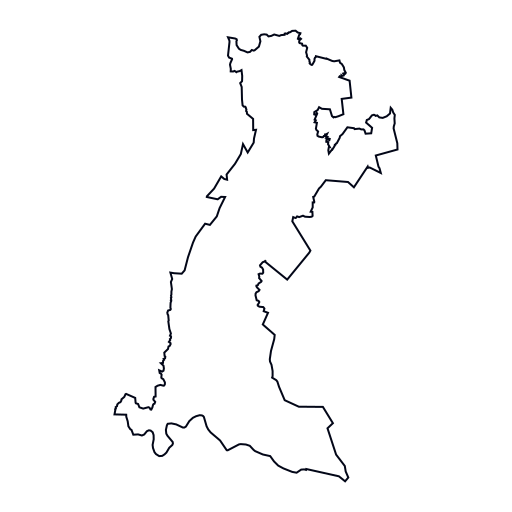 Cocula, Guerrero, Mexico
{"feature_id": "50627088B31942029589440", "entity_name": "Cocula", "entity_type": "district", "adm_level": 2, "iso_a3": "MEX", "parent_name": "Mexico", "parent_adm1": "Guerrero", "projection": "robinson", "projection_center": [-99.718, 18.138], "detail": "fine", "context": "isolated", "style": "outline", "palette": "ink", "viewbox_px": 512, "rotation_deg": 0, "n_neighbors": 0, "source": "geoboundaries", "source_scale": "gbopen_adm2", "svg_char_len": 6013}
<svg xmlns="http://www.w3.org/2000/svg" viewBox="0 0 512 512"><path d="M343.9,67.4L341.9,64.1L340.0,62.7L339.4,60.4L334.2,61.3L332.3,61.0L326.4,58.5L326.2,58.8L315.9,56.2L315.7,57.2L315.0,57.7L314.5,58.9L314.5,60.8L312.9,63.7L312.2,64.8L311.5,64.9L310.1,63.9L309.6,63.2L309.9,62.3L309.4,61.3L309.4,59.8L306.8,56.5L307.0,55.4L306.1,52.2L307.2,47.8L305.8,45.7L302.9,45.7L302.3,45.1L302.1,43.7L299.6,43.1L299.1,42.1L299.4,40.4L301.0,38.9L300.3,38.3L298.2,39.0L297.9,38.8L299.2,34.9L300.1,34.2L300.4,33.2L297.7,32.5L295.6,30.7L292.1,30.9L290.2,32.2L288.7,32.4L288.4,33.1L287.7,33.1L287.1,33.9L285.5,33.4L284.7,33.6L284.6,34.8L281.1,35.1L279.3,35.9L274.2,34.5L271.3,35.9L268.5,36.4L266.7,34.6L264.2,34.3L261.2,34.8L259.4,36.8L260.4,41.3L258.9,46.6L254.6,50.3L253.7,50.6L251.8,50.0L250.0,51.9L247.5,52.4L243.9,50.8L240.7,49.9L238.9,48.7L236.6,45.1L236.4,41.3L236.9,40.2L236.6,39.2L235.1,38.5L228.0,37.3L229.4,40.6L229.5,41.9L228.0,55.6L229.1,57.6L232.0,58.7L232.1,59.2L230.4,63.0L230.0,64.7L230.8,68.8L230.7,71.4L233.1,71.5L234.6,70.9L236.4,72.2L237.0,71.7L239.7,71.1L241.5,70.1L242.2,75.9L242.1,80.2L242.0,81.3L240.2,83.1L241.7,87.0L242.0,99.6L242.6,105.4L243.9,106.7L245.2,106.7L245.8,107.4L245.9,108.5L246.4,109.3L246.1,111.0L246.8,111.7L247.0,113.8L253.1,118.9L253.2,130.1L256.0,129.8L254.0,138.5L253.7,142.6L247.7,152.5L243.0,144.1L240.8,154.1L235.0,163.8L226.6,174.5L227.1,179.7L224.3,179.0L221.2,176.4L214.1,188.6L206.9,196.3L206.8,197.0L217.7,199.3L221.1,196.8L225.1,197.0L219.6,208.1L216.8,216.4L209.9,224.9L205.1,223.7L195.7,236.5L193.0,242.6L188.0,257.2L184.6,270.4L181.7,273.7L174.0,273.2L170.4,272.6L172.2,279.0L170.9,282.0L171.9,289.1L171.4,291.6L171.4,294.6L171.0,295.6L171.4,297.2L170.9,297.8L171.2,299.3L170.8,300.2L171.3,300.8L170.6,302.7L170.5,304.7L170.4,307.7L170.8,309.0L170.3,309.9L168.1,310.5L167.3,312.6L167.6,314.2L168.2,315.2L168.7,320.5L168.3,321.3L169.4,329.1L170.9,333.5L170.0,335.7L170.8,336.1L171.1,336.9L170.8,338.3L169.9,339.1L170.2,340.1L168.9,341.9L170.5,343.1L170.6,344.1L169.8,345.8L168.5,346.5L168.0,349.0L164.3,352.6L164.6,356.0L165.3,356.6L165.1,358.2L163.6,358.9L164.1,359.8L163.1,360.8L163.0,362.9L160.9,363.2L163.5,365.7L163.9,368.4L163.5,370.7L162.1,371.6L159.2,370.3L159.7,373.0L161.0,373.7L161.6,374.7L161.3,377.3L161.6,378.2L163.3,379.2L164.9,382.4L164.9,384.1L164.2,385.5L163.4,385.7L160.4,384.9L157.6,385.7L155.5,387.0L155.6,396.5L154.1,396.8L153.4,398.8L153.4,399.7L155.2,401.9L154.5,403.7L153.6,404.0L153.0,404.9L152.4,407.4L151.3,409.6L150.5,409.5L149.5,407.7L148.4,407.2L143.2,408.6L139.4,407.3L138.1,404.0L135.9,403.3L135.6,402.7L135.2,397.9L126.1,393.9L125.5,394.2L124.3,396.9L121.5,399.3L121.3,400.7L120.4,402.2L118.9,402.8L117.3,404.4L117.0,406.2L115.7,407.1L115.9,408.6L115.1,409.2L115.3,410.1L114.5,414.4L126.2,414.7L126.3,416.8L127.7,421.3L128.4,426.3L130.3,429.2L131.5,429.9L133.3,434.7L138.1,434.4L141.9,435.5L144.2,434.5L146.9,431.2L148.9,430.3L150.7,430.6L152.7,432.3L153.6,435.1L153.7,439.3L152.6,444.9L153.0,448.0L154.5,452.2L156.0,454.1L159.2,456.1L162.2,455.9L164.5,454.4L166.4,452.6L169.3,447.7L172.3,445.0L172.9,443.6L172.7,442.0L167.5,435.8L166.3,433.7L165.9,429.9L166.9,425.3L167.7,423.8L171.4,423.4L176.2,424.4L182.8,427.5L184.4,427.5L185.9,426.6L189.3,421.1L192.9,417.8L196.1,416.2L199.7,415.2L201.9,415.4L203.2,416.1L203.9,417.0L206.6,426.3L208.2,429.4L210.6,432.4L220.1,440.5L226.7,450.2L227.7,450.3L239.0,444.4L240.7,444.1L245.9,444.5L249.8,445.8L253.6,449.9L255.1,451.1L262.9,454.5L270.2,456.1L274.0,461.4L278.2,465.6L283.4,468.4L292.2,471.9L296.6,472.7L301.2,469.6L304.2,469.4L306.0,469.9L306.2,469.0L338.9,476.3L345.1,481.3L348.3,477.5L345.7,471.5L344.8,466.0L336.1,454.6L327.5,428.3L332.9,423.2L322.9,406.9L298.8,406.7L284.7,400.2L279.0,386.7L277.4,381.7L276.3,380.2L272.1,377.6L272.6,376.2L272.6,371.0L271.5,364.8L270.0,361.5L269.8,359.2L271.0,350.9L274.2,339.2L274.7,334.9L262.8,324.5L268.0,312.8L263.7,311.2L264.4,308.5L263.3,307.1L259.4,306.7L257.8,305.7L257.6,305.0L259.2,302.5L259.2,301.6L258.4,300.8L256.7,300.3L255.5,295.4L255.6,293.6L256.5,292.2L258.6,291.2L259.5,289.9L257.0,287.4L256.4,286.4L256.4,285.6L257.8,285.2L258.6,283.5L261.2,281.8L261.6,281.0L259.1,278.1L259.3,276.6L258.6,274.2L259.9,273.6L262.4,273.7L263.2,272.7L263.1,269.5L262.0,267.6L260.4,266.7L260.0,265.3L262.7,262.2L264.6,261.5L265.8,260.3L265.0,261.6L287.2,279.6L309.3,252.6L310.4,250.6L292.3,221.3L293.2,217.1L295.4,218.0L296.0,217.8L297.1,216.4L299.2,217.1L303.0,215.7L305.0,216.7L309.8,217.0L311.7,216.7L312.6,215.9L312.4,211.9L310.7,211.7L312.7,207.4L312.7,202.4L314.2,202.4L314.3,201.8L313.2,196.9L314.3,196.5L319.0,188.5L320.9,186.7L325.8,180.2L348.0,182.0L353.9,187.3L367.7,166.5L368.1,167.8L369.7,167.5L380.8,173.0L379.5,168.2L378.5,166.7L375.8,155.5L397.5,149.5L397.3,143.2L393.6,128.4L393.8,126.4L394.7,123.4L394.4,118.4L394.8,114.9L393.2,112.5L392.3,109.7L390.7,107.8L390.0,113.5L386.7,116.3L382.7,117.9L379.3,117.4L377.3,115.4L375.7,115.9L374.5,114.9L373.7,114.8L371.9,115.4L369.0,119.1L366.8,120.0L366.1,122.6L372.1,127.8L371.2,133.3L365.6,133.7L364.5,130.4L363.5,129.4L361.2,129.4L359.4,128.6L354.6,129.1L354.0,128.2L347.4,127.3L342.5,134.1L340.0,136.2L339.7,137.8L336.8,143.2L336.0,143.6L335.4,144.8L334.8,144.8L334.5,146.2L332.2,149.8L331.9,149.7L328.9,153.6L328.3,150.2L329.0,146.5L329.5,146.7L328.0,144.1L328.3,142.1L326.3,141.8L326.4,140.2L326.6,139.4L329.4,140.0L329.7,138.9L326.3,138.0L327.4,136.9L325.9,136.4L327.1,133.8L326.0,134.4L325.1,134.4L324.8,135.9L323.8,136.0L323.2,137.0L322.1,137.3L318.8,136.6L317.5,135.8L317.3,134.4L318.1,131.5L316.4,129.9L315.9,128.7L316.9,122.8L314.6,122.3L315.8,120.3L314.6,119.7L317.2,113.6L316.8,113.0L315.7,114.9L314.2,114.4L314.3,112.1L317.7,110.0L319.1,107.2L321.9,108.8L329.9,109.3L332.0,116.1L333.5,117.4L334.1,116.9L335.3,117.2L338.5,116.2L343.4,114.2L341.7,98.9L351.4,97.6L349.6,80.7L339.2,77.0L339.7,76.3L340.8,76.9L341.3,76.5L341.4,75.3L342.1,75.9L343.7,75.5L344.1,74.6L343.3,73.5L344.8,73.1L345.4,73.5L345.8,72.8L344.3,70.0L343.9,67.4Z" fill="none" stroke="#020617" stroke-width="2"/></svg>